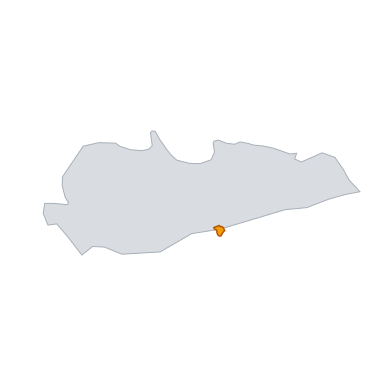 location of Beirut within Lebanon, rotated 232°
{"feature_id": "LBN-3024", "entity_name": "Beirut", "entity_type": "Province", "adm_level": 1, "iso_a3": "LBN", "parent_name": "Lebanon", "parent_adm1": "", "projection": "robinson", "projection_center": [35.507, 33.887], "detail": "fine", "context": "in_parent", "style": "filled", "palette": "amber", "viewbox_px": 384, "rotation_deg": 232, "n_neighbors": 0, "source": "natural_earth", "source_scale": "10m", "svg_char_len": 1211}
<svg xmlns="http://www.w3.org/2000/svg" viewBox="0 0 384 384"><g transform="rotate(232 192 192)"><path d="M210.1,66.4L234.4,66.5L250.1,65.8L254.6,58.1L266.8,61.6L273.7,69.0L267.5,76.8L258.9,85.7L259.4,88.0L265.9,88.8L276.9,93.6L283.7,99.3L295.1,134.5L288.2,149.1L277.4,162.0L272.6,163.2L263.1,169.6L255.1,178.4L252.4,184.0L253.0,189.2L264.3,195.7L264.6,198.3L262.3,200.4L253.2,198.9L241.4,198.3L234.5,198.3L226.5,199.6L216.2,207.6L211.7,212.8L209.2,216.2L205.6,227.0L209.7,234.4L217.4,238.6L218.5,240.8L216.8,244.6L209.1,249.2L203.4,255.0L201.8,260.8L195.4,266.4L191.4,269.1L184.0,276.8L176.6,283.0L161.6,292.6L158.1,298.3L154.8,293.2L148.3,296.7L142.8,318.6L131.3,325.9L117.0,325.2L105.0,323.2L88.9,324.5L95.4,311.8L102.2,295.3L109.0,272.9L120.8,254.4L145.3,191.6L159.4,166.1L164.4,130.0L186.2,98.4L202.5,89.1L210.3,80.1L210.1,66.4Z" fill="#d9dde1" stroke="#a8b0b8" stroke-width="1"/><path d="M141.4,194.0L141.4,192.8L140.9,190.8L140.1,189.2L139.6,187.8L140.4,186.5L141.9,186.0L143.7,186.3L145.3,187.0L146.2,187.8L147.1,187.8L148.5,187.0L150.5,187.2L150.4,187.9L148.8,192.9L147.3,193.0L146.9,193.4L146.4,194.2L145.9,194.5L144.0,194.6L141.4,194.0Z" fill="#f59e0b" stroke="#b45309" stroke-width="1.5"/></g></svg>